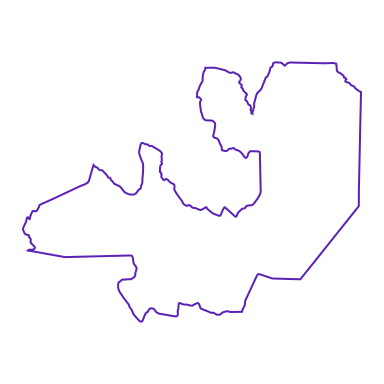 SVG path tracing the border of Salta
{"feature_id": "ARG-1303", "entity_name": "Salta", "entity_type": "Province", "adm_level": 1, "iso_a3": "ARG", "parent_name": "Argentina", "parent_adm1": "", "projection": "orthographic", "projection_center": [-65.55, -24.191], "detail": "fine", "context": "isolated", "style": "outline", "palette": "violet", "viewbox_px": 384, "rotation_deg": 0, "n_neighbors": 0, "source": "natural_earth", "source_scale": "10m", "svg_char_len": 5961}
<svg xmlns="http://www.w3.org/2000/svg" viewBox="0 0 384 384"><path d="M88.9,180.9L93.5,165.0L95.2,166.8L97.4,167.7L98.8,169.4L99.3,169.9L100.4,170.2L101.5,170.2L102.2,170.4L102.9,170.9L104.8,173.1L107.2,175.5L107.9,177.2L108.4,177.6L109.4,177.7L110.1,177.9L110.4,178.4L110.7,179.4L110.9,179.9L112.8,181.7L114.1,183.6L115.0,184.2L119.4,186.1L119.8,186.4L121.7,188.4L123.7,191.2L124.9,192.3L126.6,193.3L128.8,194.2L130.7,194.6L134.1,194.5L135.9,193.5L138.8,189.6L139.1,189.3L140.0,189.1L140.4,188.7L140.8,188.0L141.0,186.2L141.7,184.2L142.1,183.6L142.3,182.8L142.4,181.2L142.4,178.8L143.0,172.7L143.2,167.4L143.0,164.0L142.5,162.4L140.8,158.4L140.6,157.5L139.4,154.2L139.2,153.6L139.2,151.9L139.3,150.4L140.7,144.3L141.2,143.5L141.7,143.1L142.1,143.0L143.3,143.2L145.8,144.4L147.2,144.3L148.9,145.6L149.7,146.0L151.3,145.9L152.0,146.1L159.7,150.7L161.7,152.7L161.9,153.3L162.0,153.7L161.6,156.4L161.6,157.6L161.9,160.4L161.3,161.7L161.4,162.1L162.0,163.4L162.0,163.7L160.8,165.2L160.1,166.6L159.9,171.3L160.0,172.0L160.3,172.2L160.8,172.3L161.0,173.4L161.7,174.5L161.2,176.0L161.3,176.8L163.3,179.7L163.5,179.9L164.4,180.1L165.0,179.7L165.6,179.1L166.6,179.1L167.8,179.8L170.3,182.5L173.2,183.9L174.3,184.8L174.5,187.0L174.3,189.5L174.8,190.6L176.6,193.7L182.0,201.0L183.0,203.1L183.6,204.1L184.0,204.4L186.3,205.7L186.8,205.9L187.7,205.7L188.5,205.1L189.5,205.2L190.4,205.7L192.2,207.5L193.5,207.9L194.8,208.0L195.8,208.2L198.2,209.3L200.3,210.0L202.4,209.4L203.6,208.7L205.8,207.2L206.4,207.2L206.6,207.4L207.2,208.8L211.8,212.6L213.5,213.7L218.7,215.7L219.4,215.8L220.0,215.7L220.5,215.4L223.0,209.5L224.5,207.3L225.1,207.5L235.4,216.7L235.8,216.7L236.2,216.5L236.8,215.8L237.6,213.6L238.3,212.5L239.1,211.6L242.0,208.9L245.0,208.1L245.3,207.8L246.1,206.4L246.7,205.9L247.6,205.6L248.7,205.5L249.9,205.3L251.6,205.3L252.2,205.0L253.1,204.3L254.5,202.8L257.8,198.3L259.7,194.9L260.6,192.3L260.7,191.5L259.9,153.5L259.8,152.6L259.5,151.8L257.7,151.4L250.9,151.2L249.8,151.5L248.1,153.8L247.5,156.3L247.1,157.0L245.9,158.0L244.5,157.0L241.7,153.1L239.6,151.2L237.8,150.3L235.4,149.6L233.9,148.1L233.0,148.1L231.9,148.5L229.1,148.9L227.2,150.6L226.6,150.9L225.5,151.1L223.9,150.7L222.6,150.5L222.3,150.4L222.0,150.1L221.9,149.5L221.7,147.2L221.5,146.6L219.6,142.9L219.0,141.1L218.1,139.4L217.5,138.8L215.7,138.0L214.1,137.5L213.5,136.9L213.2,136.0L213.3,135.3L214.4,130.8L215.2,125.6L215.1,124.1L214.9,123.2L214.3,122.2L213.4,121.3L212.5,120.7L211.0,120.5L206.4,120.4L205.7,120.2L205.1,120.0L204.0,119.0L203.2,118.2L202.8,117.4L201.8,113.5L201.0,111.9L200.3,106.3L200.1,105.2L200.0,102.3L200.3,101.4L201.2,99.7L201.0,99.2L199.1,97.4L198.6,97.2L197.8,97.3L197.2,97.3L196.8,96.8L197.2,94.1L197.1,92.7L197.4,91.7L198.7,89.4L199.2,87.6L200.8,83.9L202.5,81.3L202.6,80.9L202.7,77.0L202.9,75.2L203.7,71.9L205.0,69.8L205.2,69.1L205.3,67.8L214.7,67.7L225.0,70.2L228.8,72.4L230.9,72.9L232.9,72.3L234.5,72.7L235.6,73.5L236.8,74.1L237.9,74.4L238.4,74.7L240.3,77.2L240.8,78.4L240.8,79.4L240.4,80.2L239.7,81.1L239.1,82.4L239.9,83.5L241.7,85.0L241.8,85.6L241.4,86.7L241.3,87.3L241.6,87.8L242.6,88.4L242.8,88.8L243.1,90.1L243.9,91.2L246.9,94.3L246.8,95.1L246.0,96.3L245.7,96.9L245.4,99.3L245.5,100.2L246.9,101.2L248.3,104.3L248.9,104.8L250.1,105.4L250.8,106.7L251.0,108.3L250.5,109.7L251.2,110.6L251.4,113.3L252.4,113.8L252.3,113.1L253.6,108.5L254.1,107.4L254.2,103.1L256.6,94.3L257.4,92.9L260.3,90.2L261.6,88.3L265.8,77.6L266.2,77.2L267.3,76.6L267.7,76.0L269.5,71.6L270.3,68.3L270.8,67.3L271.9,66.8L272.4,66.4L273.3,63.1L274.3,62.6L275.8,62.3L280.9,62.7L282.0,63.2L284.2,65.3L284.8,65.6L287.4,63.3L288.3,62.9L290.4,62.5L324.9,63.3L333.0,63.0L336.2,63.7L336.6,66.5L336.5,67.5L336.8,68.3L336.8,70.1L337.2,71.2L337.9,72.0L340.5,73.4L342.8,75.1L343.5,75.8L343.9,77.3L344.9,77.6L345.7,78.3L346.0,78.7L345.6,78.7L346.0,79.5L345.7,80.1L345.4,80.6L345.3,81.1L345.7,81.7L346.3,82.1L348.9,82.7L349.9,83.6L351.2,85.3L354.0,86.4L354.5,86.8L354.8,87.7L355.7,88.7L359.5,91.4L361.0,91.9L358.9,189.4L358.8,206.1L317.1,258.4L300.3,279.3L272.3,278.5L260.2,274.4L258.1,274.1L257.0,275.5L245.4,300.4L245.1,301.4L244.9,304.6L244.5,305.8L242.6,309.5L242.1,311.8L230.9,312.0L230.0,311.9L227.2,311.2L225.6,311.5L222.8,312.4L222.3,312.7L221.2,313.7L220.0,314.5L218.8,314.8L217.7,314.8L216.6,314.5L214.8,313.6L213.9,312.9L212.9,312.6L211.5,312.9L201.4,308.8L200.6,308.3L200.2,307.5L199.5,305.2L198.7,303.7L198.2,303.1L196.9,303.3L195.4,303.9L192.4,305.6L191.4,305.7L186.2,304.5L184.2,304.6L181.6,303.8L180.2,303.1L179.5,303.0L178.9,303.4L178.6,304.3L178.4,308.6L178.0,309.8L177.7,311.2L177.9,313.9L177.8,314.7L177.3,315.8L176.7,316.3L176.4,316.4L174.5,316.3L158.9,313.6L156.6,312.4L155.3,310.9L154.1,309.2L153.4,308.7L151.5,308.3L150.6,308.4L149.8,308.8L149.2,309.2L148.8,309.8L147.8,311.8L146.4,312.6L145.8,313.2L145.1,314.3L142.6,320.7L141.7,321.5L141.0,321.7L140.6,321.6L139.5,321.0L137.9,319.3L134.5,315.5L133.5,314.1L131.4,309.3L130.1,307.8L129.6,307.1L128.8,304.5L124.5,299.1L120.1,292.6L118.9,290.5L118.2,287.8L118.1,285.4L118.2,283.8L118.5,282.9L119.0,282.2L120.6,281.0L121.9,279.8L122.4,279.6L125.9,279.5L128.1,279.2L130.3,279.3L131.2,279.1L131.7,278.8L134.3,276.9L135.0,276.0L135.2,275.6L135.3,275.2L135.2,273.7L136.5,269.0L136.5,268.0L136.2,267.1L135.6,266.1L134.7,265.0L133.8,263.6L133.5,262.7L132.8,257.7L132.1,256.1L131.6,255.7L131.2,255.6L129.4,255.5L64.9,257.1L27.9,250.5L28.1,250.3L29.1,249.7L29.9,249.6L30.8,249.8L32.0,249.8L33.1,249.5L34.2,249.0L34.8,248.2L34.8,247.1L33.6,245.6L31.8,244.0L30.6,242.3L30.7,240.1L30.8,239.5L30.7,239.1L29.9,238.0L29.1,237.3L29.1,236.7L29.3,236.4L28.8,235.6L28.5,235.1L27.9,234.9L26.8,234.9L25.1,233.9L24.6,233.4L23.1,229.9L23.0,228.9L23.3,227.6L26.0,221.9L26.5,219.9L26.8,218.2L27.3,217.5L28.0,217.3L29.0,218.8L29.7,219.1L30.0,218.0L30.3,216.2L32.4,211.4L33.3,210.9L35.2,211.3L36.2,211.2L36.9,210.6L38.8,207.3L39.3,205.6L39.5,205.1L40.5,204.5L53.0,198.9L79.8,186.3L85.0,184.2L87.7,182.7L88.9,180.9Z" fill="none" stroke="#5b21b6" stroke-width="2"/></svg>